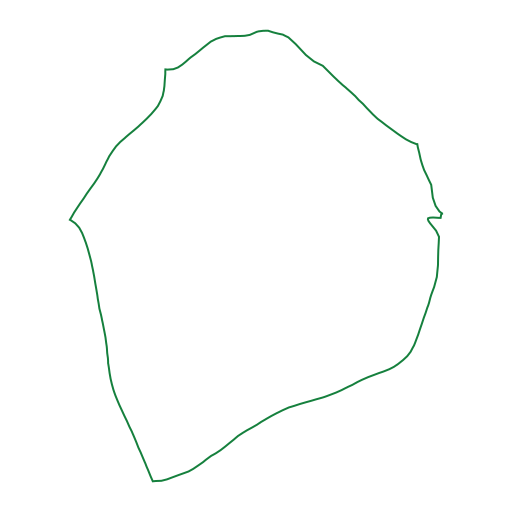 the district of Sah, Hadramawt, Yemen
{"feature_id": "15242507B46813891716840", "entity_name": "Sah", "entity_type": "district", "adm_level": 2, "iso_a3": "YEM", "parent_name": "Yemen", "parent_adm1": "Hadramawt", "projection": "orthographic", "projection_center": [48.896, 15.508], "detail": "fine", "context": "isolated", "style": "outline", "palette": "green", "viewbox_px": 512, "rotation_deg": 0, "n_neighbors": 0, "source": "geoboundaries", "source_scale": "gbopen_adm2", "svg_char_len": 4029}
<svg xmlns="http://www.w3.org/2000/svg" viewBox="0 0 512 512"><path d="M417.3,144.1L417.2,144.1L416.4,144.1L412.6,142.6L411.3,142.1L407.8,140.3L405.9,139.3L400.9,136.0L398.0,134.0L396.6,133.0L391.3,129.1L386.1,125.3L381.5,121.7L380.0,120.6L377.6,118.8L376.3,117.6L374.2,115.6L372.8,114.3L370.8,112.2L367.9,109.2L367.2,108.5L366.0,107.2L362.9,103.8L358.6,99.9L355.1,96.0L354.2,95.2L351.4,92.6L348.0,89.6L346.6,88.4L345.8,87.6L342.6,85.0L338.2,81.0L333.5,76.5L330.1,73.1L326.7,69.7L325.7,68.7L323.3,66.3L322.8,65.8L313.9,61.4L305.9,55.0L295.7,44.1L288.4,37.4L287.4,36.9L285.5,36.0L282.8,34.6L278.0,33.6L272.9,32.3L269.8,31.3L268.0,30.7L263.1,30.8L258.4,31.4L257.4,31.7L256.8,31.8L253.7,33.2L249.8,34.9L244.8,35.8L240.4,36.0L239.5,36.0L237.8,36.0L234.9,36.1L233.6,36.1L230.3,36.2L226.3,36.2L225.0,36.2L220.0,37.6L216.4,38.8L215.7,39.1L214.0,40.0L210.8,41.6L207.0,44.6L203.3,47.5L199.8,50.4L198.6,51.4L195.4,54.0L193.2,55.6L190.7,57.4L188.9,58.9L186.0,61.5L182.5,64.4L182.1,64.7L177.9,67.5L173.3,69.2L167.5,69.6L165.4,69.4L165.3,71.3L165.3,74.0L164.8,80.2L164.4,86.2L164.0,89.1L163.8,90.8L163.4,92.4L162.7,95.9L160.4,101.2L157.9,106.0L156.1,108.3L154.8,109.9L151.1,114.2L149.9,115.4L146.7,118.7L142.5,122.7L140.5,124.5L138.3,126.6L134.3,130.0L128.6,134.7L125.6,137.3L124.9,138.0L124.3,138.5L120.2,142.0L118.6,143.7L116.1,146.3L112.9,150.7L111.3,153.1L109.3,156.1L107.7,159.3L106.4,161.7L105.2,164.3L103.0,168.8L100.8,172.7L100.1,174.1L97.5,178.4L94.1,183.5L90.5,188.4L86.8,193.6L83.7,198.4L80.3,203.2L76.9,208.3L74.0,212.7L73.8,213.1L71.6,217.0L70.9,218.1L69.9,219.8L71.0,220.4L75.1,223.2L75.7,223.8L79.2,227.7L82.1,233.0L84.1,238.0L85.4,241.6L85.7,242.3L87.7,248.5L89.4,254.7L91.1,261.1L91.7,263.9L92.0,265.6L93.1,270.7L93.2,271.4L94.1,276.1L94.4,277.9L95.0,281.6L95.3,283.5L96.0,287.4L97.1,293.9L97.4,295.8L97.8,298.9L98.7,303.9L99.4,308.6L101.0,314.8L101.8,318.6L102.0,319.8L102.8,323.4L103.4,326.5L103.9,329.1L104.4,331.6L104.9,334.2L105.5,337.5L106.2,343.0L106.7,346.3L106.9,348.3L107.2,353.1L107.9,358.1L108.1,361.2L108.1,363.1L108.4,364.7L108.9,367.9L109.6,373.1L110.6,378.8L111.9,384.3L113.4,389.7L114.3,392.4L115.3,395.2L115.9,396.7L117.2,399.9L119.4,405.1L122.1,410.9L123.2,413.3L124.5,416.1L126.9,421.0L129.4,426.7L131.8,431.5L132.5,433.2L134.2,437.1L136.4,442.4L138.4,447.6L140.6,452.3L142.5,456.8L144.7,462.0L145.3,463.3L146.6,466.7L148.1,470.1L148.7,471.6L150.6,476.3L152.8,481.3L155.9,481.0L161.4,480.8L166.9,479.4L172.5,477.3L179.0,474.9L183.8,473.2L187.1,472.0L188.5,471.5L193.2,468.9L198.2,465.5L203.1,462.1L205.6,460.0L207.6,458.5L208.8,457.6L211.4,455.7L212.6,455.1L215.8,453.3L220.5,450.2L225.3,446.5L228.8,443.6L230.3,442.4L233.9,439.5L235.5,438.1L238.1,435.9L242.7,432.9L243.7,432.3L246.8,430.4L252.3,427.4L256.3,425.1L256.7,424.9L261.0,422.0L265.3,419.5L266.1,419.0L270.8,416.3L271.5,415.9L277.0,413.0L278.1,412.5L282.5,410.3L289.0,407.4L291.1,406.8L294.1,405.9L299.9,404.0L306.1,402.2L311.2,400.8L315.9,399.4L322.4,397.6L324.6,396.9L326.8,396.1L331.3,394.4L336.0,392.6L340.5,390.6L341.6,390.1L345.5,388.1L347.0,387.4L347.7,387.0L352.1,385.0L357.3,382.1L362.0,379.8L368.2,377.1L373.8,375.0L378.3,373.3L379.1,373.0L382.7,371.8L384.3,371.2L389.3,369.2L393.8,366.9L398.1,364.0L403.0,360.1L407.2,356.2L410.6,351.8L412.8,347.6L414.0,345.5L415.1,342.8L416.1,340.1L418.2,334.6L419.7,330.0L421.7,324.2L423.8,317.8L425.5,313.2L427.4,307.4L428.1,305.7L429.0,302.9L429.9,299.4L430.3,297.8L431.3,294.6L432.0,292.7L432.8,290.5L434.1,287.1L434.7,284.9L435.5,281.9L436.8,277.1L436.9,276.2L437.4,271.0L437.9,266.1L438.0,264.7L438.1,257.5L438.3,250.4L438.3,250.1L438.7,243.4L439.0,236.8L436.1,230.7L430.1,223.3L428.5,221.0L427.9,219.3L428.1,218.3L429.9,217.7L433.1,217.5L439.4,217.9L440.6,217.9L440.9,216.2L441.2,214.4L441.5,213.8L441.9,213.7L442.1,213.7L442.1,213.4L441.6,213.1L440.0,211.9L439.4,211.4L435.6,205.9L432.8,197.7L431.8,189.6L431.2,184.8L431.1,184.6L428.9,180.1L426.5,174.9L424.1,170.0L422.4,165.2L421.1,161.0L420.6,159.2L419.2,152.7L417.8,147.2L417.3,144.1Z" fill="none" stroke="#15803d" stroke-width="2"/></svg>